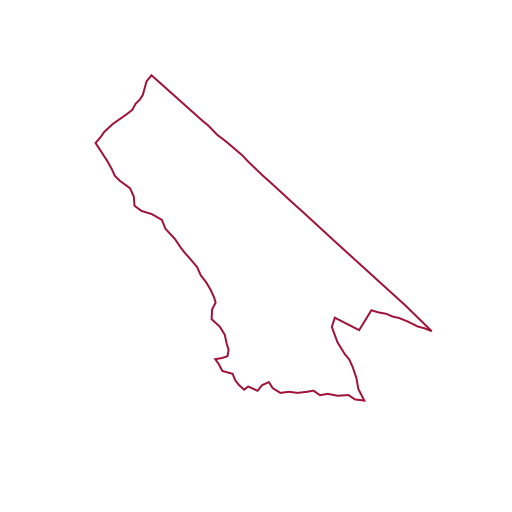 Indianópolis, Paraná, Brazil, rotated 112°
{"feature_id": "56859067B61003865995307", "entity_name": "Indianópolis", "entity_type": "district", "adm_level": 2, "iso_a3": "BRA", "parent_name": "Brazil", "parent_adm1": "Paraná", "projection": "equal_earth", "projection_center": [-52.659, -23.482], "detail": "fine", "context": "isolated", "style": "outline", "palette": "rose", "viewbox_px": 512, "rotation_deg": 112, "n_neighbors": 0, "source": "geoboundaries", "source_scale": "gbopen_adm2", "svg_char_len": 1313}
<svg xmlns="http://www.w3.org/2000/svg" viewBox="0 0 512 512"><g transform="rotate(112 256 256)"><path d="M257.1,379.3L256.2,368.2L257.8,356.8L264.7,350.1L270.8,337.2L276.8,328.4L280.2,322.3L283.1,316.4L288.3,306.5L294.5,300.1L299.1,292.3L304.3,285.5L310.1,279.3L314.4,276.0L322.0,276.7L331.2,273.5L335.2,262.9L340.8,255.4L348.2,250.4L353.2,246.3L359.6,244.9L363.5,249.5L366.9,255.1L370.1,250.2L375.2,244.1L374.0,233.5L379.1,228.6L382.0,223.5L384.4,216.9L379.9,214.3L380.4,204.1L373.5,202.0L368.1,196.8L372.3,191.0L373.8,182.1L369.6,174.7L367.3,166.1L362.9,158.0L359.3,152.3L361.1,144.6L356.9,137.8L355.0,127.9L350.3,118.3L351.9,110.5L349.5,101.4L341.0,111.3L331.8,117.0L322.8,124.7L317.0,130.8L313.6,137.1L305.4,148.2L293.4,159.1L283.7,159.8L286.1,132.6L263.1,128.7L262.5,121.9L260.8,113.4L261.0,106.8L259.9,100.0L259.9,91.2L260.8,79.8L259.9,72.7L259.9,64.9L246.2,98.2L212.9,188.5L198.1,227.8L195.0,236.4L191.5,245.9L184.6,264.2L178.5,280.9L171.4,298.7L167.9,306.2L161.1,326.6L158.2,337.2L152.7,349.7L150.8,356.0L144.4,373.8L127.6,420.6L135.0,422.9L149.2,421.3L154.2,422.2L160.0,424.7L166.7,425.4L173.0,429.0L187.1,438.2L197.8,443.2L203.9,444.6L211.3,447.1L223.7,429.4L229.5,422.2L234.5,417.0L237.2,410.7L240.4,398.1L246.8,391.5L254.9,387.5L257.1,379.3Z" fill="none" stroke="#9f1239" stroke-width="2"/></g></svg>